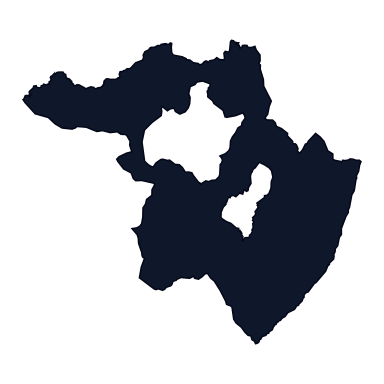 Minahasa, Sulawesi Utara, Indonesia (Albers equal-area conic projection)
{"feature_id": "22746128B63895215577583", "entity_name": "Minahasa", "entity_type": "district", "adm_level": 2, "iso_a3": "IDN", "parent_name": "Indonesia", "parent_adm1": "Sulawesi Utara", "projection": "albers", "projection_center": [124.81, 1.242], "detail": "fine", "context": "isolated", "style": "filled", "palette": "ink", "viewbox_px": 384, "rotation_deg": 0, "n_neighbors": 0, "source": "geoboundaries", "source_scale": "gbopen_adm2", "svg_char_len": 5882}
<svg xmlns="http://www.w3.org/2000/svg" viewBox="0 0 384 384"><path d="M171.7,43.4L170.4,43.0L169.9,43.9L169.7,43.5L169.1,44.2L167.5,44.4L166.1,43.7L165.5,44.4L165.4,43.7L162.7,44.0L162.8,43.5L162.6,44.3L161.1,44.4L161.1,45.1L158.5,45.8L157.9,45.4L154.6,47.2L151.7,47.4L150.6,48.5L150.3,48.0L151.9,47.1L150.1,47.8L148.6,49.9L144.9,51.7L143.2,55.0L143.6,57.6L142.5,60.2L135.6,62.8L130.4,68.4L127.3,69.0L127.0,68.1L127.1,69.1L126.1,69.4L125.9,70.2L123.6,70.6L122.7,71.5L120.1,71.7L119.2,74.2L119.6,75.4L118.9,75.6L119.6,75.4L119.8,76.7L118.5,78.2L118.1,77.8L116.1,79.3L110.5,79.4L107.3,78.7L106.0,79.1L104.2,80.9L103.9,82.1L104.9,82.4L103.9,82.3L103.8,83.9L102.1,86.3L100.9,87.3L97.7,87.9L98.0,88.4L94.9,88.7L93.8,87.4L90.8,86.8L86.1,88.6L84.7,88.3L84.6,89.0L84.5,87.8L78.9,84.8L76.6,84.8L75.9,85.7L73.6,85.4L73.4,84.1L72.0,83.0L71.7,81.7L71.3,82.0L70.8,80.4L69.2,78.9L66.3,78.0L65.6,74.3L64.3,74.1L63.0,72.1L59.0,72.1L57.1,72.4L55.4,74.0L55.0,73.5L55.0,74.2L53.8,73.9L52.2,75.8L50.9,76.4L50.3,77.7L51.1,78.6L50.7,80.8L49.0,82.0L49.5,83.1L48.5,83.8L48.9,84.3L47.3,84.3L46.7,85.2L43.7,84.1L42.7,85.6L41.3,85.7L41.1,87.0L39.8,87.9L36.6,87.3L36.2,85.7L33.7,86.1L33.3,87.8L29.3,91.5L29.2,93.0L30.9,94.7L29.1,95.0L29.5,96.6L27.3,95.4L25.3,95.6L23.8,99.2L23.0,99.6L25.1,102.7L35.2,113.8L48.3,117.5L55.0,123.8L62.1,128.0L72.1,129.1L75.2,128.0L77.0,126.5L86.3,127.2L96.9,131.5L102.5,130.6L110.1,132.6L117.3,131.8L121.0,134.3L125.1,134.5L126.6,135.2L130.1,141.3L129.7,145.1L131.8,151.8L126.4,153.2L119.1,156.7L116.7,159.2L117.9,161.5L123.6,168.9L131.2,172.9L133.3,178.6L135.7,180.7L141.8,180.5L153.8,183.2L154.7,184.6L152.0,189.7L151.9,195.3L146.6,199.4L145.5,204.1L143.0,207.8L142.8,217.1L141.6,223.9L139.5,226.4L136.6,227.9L132.0,228.6L137.2,234.7L138.3,238.3L138.6,243.4L141.7,252.4L142.1,255.8L142.9,257.3L144.5,258.4L141.3,267.1L139.4,277.8L154.2,289.0L156.1,289.6L158.2,288.8L162.6,290.3L164.6,289.3L166.3,287.3L170.7,285.8L171.8,284.7L173.0,281.3L176.2,280.3L176.8,279.4L180.9,277.5L189.6,278.3L193.4,276.3L194.7,278.3L198.5,279.2L202.3,276.6L205.2,273.7L207.6,273.5L210.6,278.0L214.3,281.1L220.2,290.5L225.6,301.0L226.6,304.4L230.7,305.9L232.0,307.2L233.7,319.2L236.1,323.0L241.3,327.2L244.8,332.1L248.1,335.4L250.9,335.9L252.0,339.7L254.5,341.3L255.5,343.7L257.2,343.3L258.7,342.3L259.8,339.4L260.7,339.2L262.2,336.5L265.8,335.4L267.0,333.6L268.7,333.2L269.1,331.8L272.3,329.8L273.1,327.5L275.6,323.9L276.1,324.2L277.1,322.0L277.9,322.1L279.2,320.6L280.4,320.4L282.3,318.0L285.0,316.6L287.8,312.7L294.5,309.4L296.8,305.8L298.6,305.2L298.7,304.3L302.1,301.0L303.3,297.6L304.0,297.4L304.1,295.1L304.8,293.9L306.2,292.6L308.2,291.9L314.6,283.2L315.9,282.7L325.6,271.3L327.8,265.9L329.4,264.5L329.5,263.0L333.6,259.1L334.1,255.9L333.4,253.8L334.3,253.6L335.2,251.2L335.2,248.9L337.7,245.7L339.3,237.4L341.4,234.6L341.4,228.5L345.9,216.5L348.3,212.5L348.3,210.0L349.5,207.3L351.8,194.9L354.2,190.8L356.0,179.4L356.7,178.4L356.4,175.8L358.6,171.3L359.6,165.2L361.0,161.6L359.3,160.2L356.4,160.3L352.7,159.1L350.1,158.9L348.3,160.0L344.6,160.6L342.9,160.2L341.9,161.7L334.4,160.2L332.9,158.9L332.8,153.9L327.8,150.8L324.0,141.4L320.3,137.1L315.6,133.4L308.3,141.2L307.2,143.5L305.4,144.1L302.5,149.9L299.7,153.2L297.4,151.1L298.0,148.5L296.4,144.8L295.3,143.8L293.0,143.8L292.6,141.3L287.3,135.7L287.6,133.4L281.4,128.5L276.4,126.4L275.2,122.6L272.6,120.1L266.9,119.9L265.3,118.6L265.3,117.6L267.7,114.1L269.2,106.4L271.3,101.1L263.7,86.2L263.4,79.5L260.2,69.0L260.4,65.1L258.9,63.4L260.1,60.9L260.0,55.0L256.2,49.9L254.9,46.3L252.0,47.4L248.7,47.5L247.2,46.5L247.1,45.5L244.7,45.2L242.4,45.5L242.1,46.9L240.1,48.3L239.8,46.8L238.9,46.4L239.3,45.3L237.7,44.8L238.7,42.8L237.1,42.8L236.8,43.9L235.8,43.6L236.1,42.4L234.5,42.1L233.6,40.8L231.5,40.3L230.5,41.6L229.6,50.5L228.4,52.2L225.3,51.3L223.9,53.1L224.5,58.3L223.9,59.9L219.6,59.5L216.8,57.6L214.1,59.9L209.8,60.7L207.9,62.6L207.0,61.2L205.8,60.9L203.8,62.1L202.6,63.8L199.7,64.9L198.3,63.5L193.3,62.7L190.0,60.1L186.1,59.6L186.2,58.7L182.3,56.8L173.4,55.1L171.8,53.0L171.3,47.8L171.7,43.4ZM202.7,81.1L209.9,83.7L210.1,86.1L208.2,88.1L208.8,89.5L207.5,90.5L207.2,92.2L207.8,93.7L207.8,96.9L212.6,100.8L213.9,103.5L223.1,110.4L225.1,116.9L226.8,117.3L235.5,115.7L242.9,112.9L244.6,115.7L245.2,118.1L241.9,122.8L241.7,125.6L238.0,127.8L235.6,132.7L232.4,136.9L230.5,141.0L230.1,147.5L228.9,150.6L225.5,153.6L219.9,156.0L221.8,158.3L222.4,160.4L221.6,163.0L220.2,164.5L219.8,174.3L219.0,176.7L215.7,180.0L211.3,180.4L209.2,181.6L205.7,180.9L200.5,184.2L200.4,183.3L198.4,182.1L193.3,175.4L191.9,172.8L188.6,172.0L185.4,172.2L182.3,167.4L179.3,164.7L175.0,164.4L169.6,160.1L167.3,160.4L162.7,159.2L160.8,159.5L156.0,162.9L153.3,166.8L152.2,166.9L148.6,165.0L144.6,161.2L142.0,141.9L144.5,130.0L152.0,122.5L161.2,115.6L161.8,111.2L161.3,108.8L162.2,106.5L167.4,110.8L170.0,109.0L173.9,108.1L175.4,111.5L179.8,114.1L185.2,111.8L188.3,107.8L189.7,103.6L190.1,97.6L188.7,93.6L190.2,86.6L194.8,84.7L197.0,82.0L202.7,81.1ZM259.2,162.3L264.3,164.7L269.1,167.8L271.5,170.7L272.9,177.2L271.3,181.6L271.0,188.2L269.0,193.3L267.1,195.3L264.5,195.6L264.5,197.5L256.9,203.1L257.7,204.5L257.2,205.3L257.9,205.9L257.9,207.8L255.0,211.7L255.7,213.5L254.9,215.5L252.6,217.6L253.3,219.0L252.5,220.4L253.7,221.5L253.5,223.2L252.8,223.4L253.1,227.8L251.9,230.0L252.5,231.1L251.2,233.8L249.5,235.3L249.2,237.5L245.0,237.7L242.7,240.8L242.1,240.1L243.0,236.7L241.7,235.0L241.8,233.2L240.5,232.8L241.1,232.0L239.9,230.4L239.1,230.9L238.7,230.2L238.7,228.4L236.2,228.0L231.0,223.4L226.3,221.5L221.9,218.6L221.0,217.5L221.1,212.4L223.2,207.2L225.9,204.4L225.5,203.5L226.5,202.6L228.3,197.5L230.2,197.6L230.1,196.6L233.0,195.3L235.9,196.7L239.4,193.2L242.7,194.1L244.0,190.0L244.8,189.9L246.4,191.4L248.0,190.6L248.5,187.5L251.0,183.4L250.4,176.1L251.4,172.3L251.9,172.3L253.2,169.2L255.1,167.9L259.2,162.3Z" fill="#0f172a" stroke="#020617" stroke-width="1.5"/></svg>